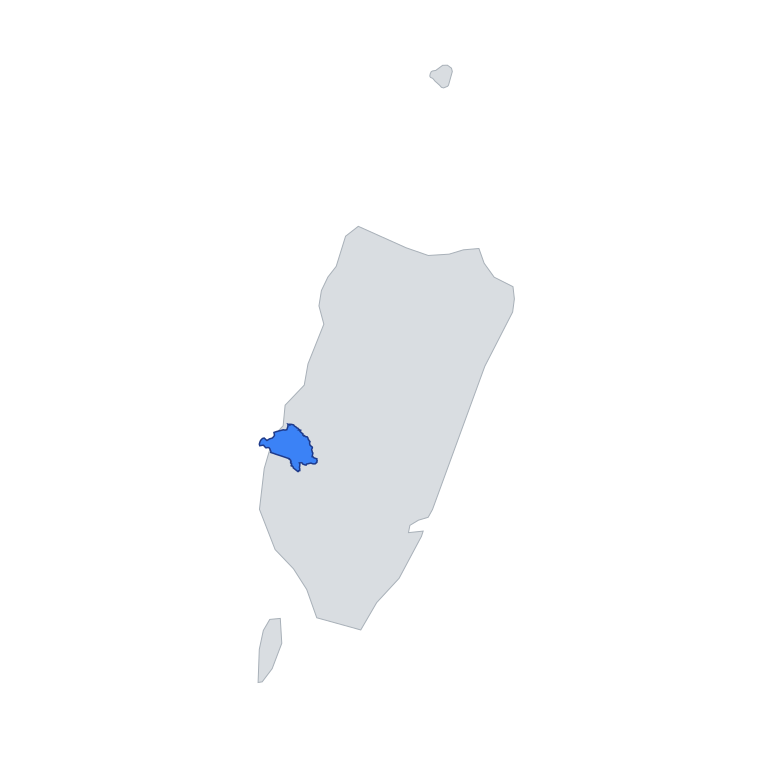 Salinas, Puerto Rico shown in context, rotated 108°
{"feature_id": "32010507B26348414705735", "entity_name": "Salinas", "entity_type": "district", "adm_level": 2, "iso_a3": "PRI", "parent_name": "Puerto Rico", "parent_adm1": "", "projection": "equal_earth", "projection_center": [-66.255, 18.004], "detail": "fine", "context": "in_parent", "style": "filled", "palette": "blue", "viewbox_px": 768, "rotation_deg": 108, "n_neighbors": 0, "source": "geoboundaries", "source_scale": "gbopen_adm2", "svg_char_len": 3240}
<svg xmlns="http://www.w3.org/2000/svg" viewBox="0 0 768 768"><g transform="rotate(108 384 384)"><path d="M502.9,309.2L510.4,315.7L517.8,314.8L511.8,301.3L517.3,301.3L564.1,309.6L594.1,323.4L625.1,330.1L627.1,375.7L603.3,394.0L587.7,413.0L575.1,436.4L541.7,463.7L501.4,471.8L474.6,472.6L464.7,471.7L454.9,467.0L434.7,471.5L409.7,459.5L388.3,462.5L345.7,459.7L329.8,470.0L314.5,472.4L299.6,470.4L286.9,465.8L255.3,466.2L242.0,457.2L247.6,405.2L248.1,381.6L240.4,362.2L231.9,350.0L225.8,335.6L238.2,326.1L248.4,312.2L251.6,291.4L262.8,286.3L275.8,283.9L336.0,293.6L488.4,299.1L497.1,300.8L502.9,309.2ZM674.9,420.6L655.7,422.6L643.2,419.9L639.0,410.2L662.2,401.1L689.3,402.4L704.9,407.8L706.8,411.5L674.9,420.6ZM77.0,435.6L74.7,435.9L72.4,435.6L71.3,434.6L69.8,431.7L62.8,426.7L61.2,422.2L62.8,417.4L65.7,415.6L79.8,415.0L81.2,415.5L84.0,418.8L84.1,421.1L82.7,423.4L80.2,429.1L79.2,430.6L78.3,432.1L78.0,434.6L77.0,435.6Z" fill="#d9dde1" stroke="#a8b0b8" stroke-width="1"/><path d="M453.6,450.0L453.5,450.6L453.4,451.1L452.6,452.4L452.7,453.3L452.5,453.7L452.0,454.5L451.8,455.7L451.6,456.4L451.3,456.7L450.8,457.3L450.9,458.0L450.9,459.0L451.1,460.2L451.6,460.3L452.0,460.7L451.5,460.8L451.4,461.2L451.9,462.3L451.9,463.0L452.0,462.9L453.9,462.3L456.0,462.3L457.5,462.3L457.6,462.5L458.4,463.8L458.7,465.7L459.0,466.1L459.4,466.7L460.2,468.0L461.3,469.7L462.3,471.2L462.4,471.5L462.5,471.5L462.8,472.0L463.4,472.8L464.1,473.7L466.6,472.3L468.0,472.6L469.9,473.5L470.2,473.9L471.6,476.0L471.9,476.2L472.7,476.9L473.8,477.8L473.9,478.0L472.4,481.3L473.4,482.8L475.7,483.9L477.7,484.1L479.7,484.0L481.1,483.1L480.8,482.5L479.5,480.0L479.5,479.5L480.4,478.2L481.2,476.6L481.0,476.1L480.6,475.5L480.2,474.3L480.1,473.9L480.5,473.1L480.8,472.7L481.1,472.4L482.1,471.6L483.3,470.6L484.1,470.6L484.1,467.4L484.2,465.3L484.2,460.9L484.2,458.9L484.3,451.4L484.3,451.0L484.8,451.0L484.9,450.1L485.3,449.7L485.3,449.3L485.6,449.0L486.0,448.9L486.5,448.5L486.8,448.8L487.5,448.6L487.8,448.0L488.1,448.1L488.3,447.3L489.6,446.9L490.0,447.2L490.6,446.8L490.3,445.8L491.0,444.8L491.2,444.6L491.3,444.6L491.8,444.4L492.6,442.3L493.9,438.8L493.6,438.3L492.9,438.4L492.4,437.5L492.2,437.8L491.0,437.7L489.6,438.6L488.9,438.8L488.5,438.7L486.4,439.2L485.9,439.6L485.6,439.8L485.4,439.9L485.2,440.1L485.0,439.7L484.9,439.3L484.4,438.5L484.5,437.2L485.2,436.6L485.3,436.2L485.3,434.9L485.4,434.1L485.2,433.0L485.0,432.9L484.2,433.0L483.7,432.4L483.6,432.0L482.8,430.8L482.7,430.6L481.8,429.1L481.9,427.1L481.6,425.9L481.2,424.8L479.7,423.9L479.7,424.0L477.9,423.8L477.3,424.0L477.1,424.3L476.5,424.6L475.9,424.7L475.9,427.4L475.7,428.4L475.3,428.7L475.2,429.2L475.3,429.9L475.1,429.9L474.8,430.0L474.3,430.0L471.6,430.3L471.1,431.1L470.1,431.6L469.1,432.4L468.4,432.6L467.0,432.4L466.3,432.6L466.1,432.8L465.8,434.0L465.3,434.6L464.9,435.6L463.1,436.6L462.2,436.6L461.8,436.5L461.7,436.6L461.5,437.1L461.2,437.2L461.0,437.8L460.4,438.3L460.3,438.7L459.2,439.5L458.9,439.6L458.0,440.7L458.3,442.4L457.7,443.7L458.1,443.9L458.2,444.3L457.8,444.9L457.5,445.5L457.2,445.4L456.6,445.5L456.4,446.1L455.9,447.2L455.5,448.4L455.0,449.2L454.3,448.8L453.8,448.9L454.1,449.6L454.1,450.2L453.8,449.7L453.6,450.0Z" fill="#3b82f6" stroke="#1e3a8a" stroke-width="1.5"/></g></svg>